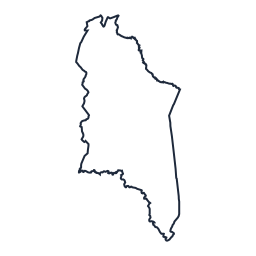 Chiradzulu, Chiradzulu, Malawi
{"feature_id": "42251766B78568245260433", "entity_name": "Chiradzulu", "entity_type": "district", "adm_level": 2, "iso_a3": "MWI", "parent_name": "Malawi", "parent_adm1": "Chiradzulu", "projection": "albers", "projection_center": [35.198, -15.762], "detail": "fine", "context": "isolated", "style": "outline", "palette": "slate", "viewbox_px": 256, "rotation_deg": 0, "n_neighbors": 0, "source": "geoboundaries", "source_scale": "gbopen_adm2", "svg_char_len": 5720}
<svg xmlns="http://www.w3.org/2000/svg" viewBox="0 0 256 256"><path d="M88.0,172.3L89.3,172.6L90.6,172.6L91.0,172.5L91.2,171.6L91.5,171.3L92.7,171.2L93.8,170.6L93.9,170.1L94.4,170.1L94.8,170.8L94.7,171.7L94.9,172.0L95.6,172.4L96.0,172.2L96.4,172.4L96.3,172.8L96.7,173.0L98.4,173.1L99.9,174.3L99.9,173.4L100.1,173.1L100.9,172.4L101.8,172.2L102.6,172.4L103.8,171.3L104.3,171.3L104.6,171.5L105.4,171.8L105.8,171.7L107.5,170.9L108.3,171.1L108.6,171.4L108.6,171.8L108.1,173.0L108.4,173.2L109.2,173.4L111.2,172.6L111.6,172.7L112.0,172.8L112.2,173.2L112.4,174.5L112.8,174.7L113.2,174.5L113.4,173.3L113.7,173.0L114.2,172.8L115.5,173.2L116.3,173.1L116.5,172.8L116.3,172.0L117.2,171.9L117.6,171.1L118.4,170.7L118.4,170.3L120.5,170.5L121.3,170.9L122.0,170.7L122.4,172.4L123.0,173.6L122.9,174.0L122.6,174.3L121.1,175.1L121.5,175.8L120.8,177.9L120.8,178.3L121.2,179.0L121.9,179.5L123.2,179.4L123.9,179.8L124.3,180.1L124.7,180.8L125.2,182.5L124.3,183.9L124.2,184.4L124.6,186.1L125.1,186.8L125.8,187.3L126.2,187.2L126.4,186.4L126.8,186.1L128.0,185.9L128.5,186.1L128.9,186.8L129.4,187.3L130.2,187.2L131.1,186.6L131.6,186.7L132.2,187.3L135.6,187.9L137.1,188.8L141.6,190.2L141.8,190.6L141.4,191.9L141.8,193.1L142.6,193.4L143.3,192.9L143.9,192.9L145.1,194.7L145.7,195.3L145.8,195.7L145.6,196.1L144.6,197.0L144.1,197.7L144.1,198.6L144.9,198.8L146.2,198.6L146.5,198.8L146.9,199.6L148.6,201.7L149.1,202.3L149.9,202.7L150.2,203.0L149.2,203.8L148.7,205.0L148.1,205.7L148.0,206.1L148.6,206.8L149.5,208.3L149.7,209.1L149.7,213.7L149.3,215.0L150.2,215.9L150.5,217.6L149.3,219.4L149.2,220.3L149.4,221.1L149.7,221.4L150.1,221.5L151.4,221.2L153.0,221.5L154.2,222.2L154.4,222.5L153.2,222.7L152.9,223.1L153.3,224.8L154.4,225.4L154.9,226.6L155.7,227.1L156.8,227.2L157.8,228.2L158.4,228.9L159.9,231.9L161.2,233.6L161.6,233.8L163.3,233.7L163.8,233.8L163.3,236.4L163.5,236.8L163.9,236.9L165.6,237.1L166.4,237.5L166.3,237.9L165.6,238.5L165.5,238.9L165.7,239.7L166.2,240.4L166.6,240.6L167.5,240.6L169.4,239.6L171.4,237.1L172.4,236.4L172.7,235.3L173.9,234.0L173.9,233.3L172.2,232.0L170.8,231.7L170.4,231.3L170.5,230.0L171.1,228.3L172.2,226.5L172.5,225.2L173.5,224.0L174.1,222.8L174.4,221.6L177.8,217.6L178.7,216.0L178.9,215.2L179.2,214.0L179.2,201.6L178.8,198.9L178.7,196.1L176.7,178.6L176.3,178.1L176.2,177.5L175.6,168.9L173.6,151.0L171.9,136.2L170.4,126.1L170.3,122.7L169.1,115.7L173.2,105.2L173.9,104.2L180.0,89.4L178.9,89.0L178.8,88.1L178.4,87.9L176.6,87.7L176.3,87.5L176.3,87.0L176.0,86.8L175.8,86.1L175.1,85.6L174.3,85.5L173.6,86.0L173.2,85.8L172.6,83.9L172.2,83.7L171.4,84.0L170.1,83.6L169.3,83.7L167.1,82.9L166.1,82.8L164.6,82.1L163.7,82.4L163.3,81.8L162.9,82.3L162.6,82.0L162.1,82.0L161.3,82.3L160.0,81.9L159.4,81.3L158.6,81.1L158.0,80.4L157.1,80.5L157.0,80.1L157.2,79.7L157.0,79.3L156.6,79.2L156.3,78.9L156.2,78.5L155.4,78.8L155.1,78.4L154.9,77.4L154.0,77.4L153.6,77.2L153.3,76.4L152.9,76.2L152.7,75.6L152.7,74.5L152.5,74.1L152.1,74.1L151.4,73.0L150.2,72.6L148.4,71.4L146.6,69.3L146.2,69.1L146.0,68.7L146.0,67.8L146.3,67.0L146.2,65.7L146.4,65.4L146.3,65.0L145.6,64.5L145.7,64.1L144.9,63.7L144.3,62.6L143.5,63.0L143.3,62.7L143.7,62.6L143.9,62.3L143.1,60.7L142.8,60.4L143.4,59.3L143.3,58.8L142.4,58.4L142.0,57.1L141.9,55.4L141.6,54.6L141.3,53.3L140.7,52.8L141.3,52.2L141.4,50.6L140.2,50.9L139.8,50.8L139.9,50.4L139.1,50.4L138.7,50.1L138.8,49.2L139.4,48.1L139.0,48.0L138.9,47.6L139.3,47.0L138.8,46.3L138.8,45.4L139.1,45.2L138.5,44.9L138.0,44.1L137.7,43.9L137.5,43.5L136.9,42.9L137.1,42.1L137.0,40.9L136.2,40.4L135.8,39.6L135.3,38.9L134.9,39.1L134.6,38.7L134.9,38.4L134.8,38.0L134.1,38.3L133.7,38.2L133.4,37.9L133.5,37.5L133.0,37.4L132.5,36.8L132.1,36.7L131.6,37.4L130.8,37.5L130.6,37.9L130.7,38.3L130.3,38.2L130.4,37.8L130.0,37.6L129.6,37.6L129.3,37.9L128.9,38.1L128.5,38.1L127.7,37.7L127.3,37.7L127.1,38.1L124.2,37.3L121.9,36.2L121.5,36.2L120.8,35.6L120.4,35.5L120.2,35.2L119.0,34.5L118.6,34.3L117.8,34.4L117.3,33.8L117.1,32.5L116.8,32.2L117.0,30.9L116.7,30.6L116.7,30.2L117.2,29.5L118.0,27.1L117.6,26.4L117.5,25.5L117.3,25.1L116.4,24.9L116.0,24.6L115.5,23.4L115.3,22.5L115.8,21.3L115.8,20.4L116.7,19.5L117.4,17.4L118.4,16.0L118.5,15.7L118.1,15.4L116.9,15.8L113.5,17.2L110.4,18.3L109.9,18.3L109.4,18.1L108.4,17.3L107.9,17.2L107.6,17.5L105.7,21.8L104.5,25.7L104.0,26.4L103.6,26.6L103.2,26.4L102.8,25.4L102.2,24.8L101.9,23.9L100.8,22.6L102.1,20.6L102.4,18.1L102.3,17.5L101.9,17.1L101.3,16.0L101.0,15.6L100.5,15.4L100.0,16.1L99.3,16.6L94.6,18.0L92.7,19.4L91.5,20.0L89.9,20.3L89.5,20.5L89.4,20.9L89.1,21.2L88.7,21.2L86.7,22.2L87.4,26.1L86.6,27.2L85.1,28.9L84.7,29.7L84.8,30.3L85.5,30.3L86.8,30.7L87.5,30.6L83.8,36.6L81.2,42.2L80.3,43.2L79.0,48.0L77.9,53.3L77.3,55.5L76.2,61.1L76.2,62.1L77.4,63.4L79.2,65.9L80.8,67.4L82.4,69.6L83.1,70.2L84.2,70.8L84.8,71.5L86.0,72.0L86.4,72.8L86.3,74.2L85.6,75.7L85.6,76.2L85.0,77.3L83.6,79.2L83.3,80.4L83.4,80.8L83.7,81.0L83.7,81.5L82.6,82.3L82.6,83.5L82.2,84.8L85.1,88.7L86.6,89.6L87.5,90.6L88.2,91.6L88.4,92.5L87.4,93.9L86.8,95.4L85.0,96.7L84.4,97.4L84.0,98.7L84.5,100.4L84.5,101.2L84.0,103.4L82.5,106.0L82.4,106.4L88.9,115.0L89.0,115.3L88.5,116.4L88.5,117.5L88.1,118.4L87.7,118.8L86.3,119.3L85.8,120.2L85.0,120.4L84.6,120.3L82.4,121.0L81.7,121.5L80.7,123.0L80.6,123.4L80.8,123.8L80.8,124.6L80.4,125.8L80.1,126.2L80.3,126.5L81.7,127.1L82.0,131.3L82.3,132.1L82.7,132.5L82.9,133.6L83.3,134.1L83.4,135.4L83.2,136.6L81.6,139.3L82.3,140.3L84.3,142.0L85.3,141.5L85.6,141.0L88.5,144.1L88.5,145.7L87.9,149.9L87.6,153.3L84.6,155.9L81.4,163.5L81.1,165.1L81.1,167.3L80.0,168.7L80.4,169.0L79.8,169.6L79.1,170.8L78.9,172.3L79.0,172.5L79.4,172.4L80.1,171.9L80.5,171.8L80.9,171.1L81.3,170.8L82.2,170.7L82.6,170.7L83.1,171.9L83.6,172.0L84.4,171.0L84.8,170.8L85.7,171.0L88.0,172.3Z" fill="none" stroke="#1e293b" stroke-width="2"/></svg>